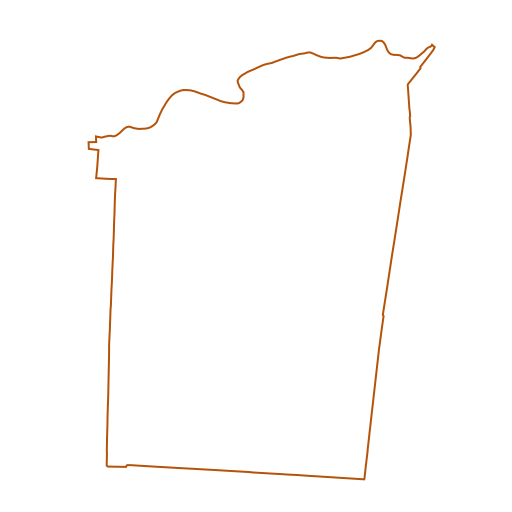 Cosambesti, Ialomita, Romania, rotated 2°
{"feature_id": "2599482B78625635901926", "entity_name": "Cosambesti", "entity_type": "district", "adm_level": 2, "iso_a3": "ROU", "parent_name": "Romania", "parent_adm1": "Ialomita", "projection": "orthographic", "projection_center": [27.459, 44.535], "detail": "fine", "context": "isolated", "style": "outline", "palette": "amber", "viewbox_px": 512, "rotation_deg": 2, "n_neighbors": 0, "source": "geoboundaries", "source_scale": "gbopen_adm2", "svg_char_len": 3570}
<svg xmlns="http://www.w3.org/2000/svg" viewBox="0 0 512 512"><g transform="rotate(2 256 256)"><path d="M232.1,80.0L231.8,80.7L231.5,81.2L231.8,83.3L232.3,84.3L233.7,87.6L234.8,89.1L236.0,90.2L237.8,92.8L237.9,96.3L238.0,97.7L237.5,100.0L236.9,101.1L234.7,103.1L233.4,103.9L232.1,104.2L229.9,104.3L227.3,104.2L224.7,104.1L222.4,103.8L220.0,103.5L215.8,102.6L211.7,101.1L207.5,99.6L199.6,96.8L195.3,95.7L192.7,94.8L188.1,93.4L184.4,92.7L181.3,92.6L177.4,92.7L174.8,93.4L172.0,94.6L169.4,95.9L168.0,97.0L166.2,98.6L163.8,101.6L161.4,105.1L157.3,112.5L155.0,117.7L152.2,125.4L151.3,126.7L149.9,128.2L147.8,129.8L145.9,131.1L143.4,132.0L141.0,132.6L139.4,132.7L134.2,133.1L129.7,132.5L124.8,131.1L122.3,131.7L120.4,132.9L119.7,133.5L117.7,135.5L115.3,138.0L112.5,140.2L110.7,141.1L108.9,141.4L107.3,141.0L105.1,141.0L101.2,141.9L99.9,142.3L98.5,142.8L97.2,143.0L96.0,142.8L91.9,142.1L92.3,147.7L84.7,148.1L85.2,154.8L94.8,155.6L94.2,173.4L93.5,183.8L106.6,184.1L113.3,184.0L113.2,192.4L113.0,199.1L113.0,199.8L113.0,207.8L113.0,210.8L113.1,217.2L113.0,225.8L113.1,235.6L113.1,244.6L113.0,249.3L113.0,254.4L113.1,262.8L113.0,266.0L112.9,274.5L112.9,286.0L112.7,295.0L112.7,298.8L112.7,310.2L112.5,314.6L112.5,335.9L112.4,339.1L112.4,340.0L112.3,350.3L112.6,359.5L113.1,395.6L113.2,404.8L113.2,418.6L113.4,430.4L113.5,442.9L113.7,456.5L113.9,457.5L114.0,461.9L114.0,465.8L114.1,470.3L114.3,470.9L115.1,471.5L115.8,471.6L133.5,471.3L134.0,470.0L134.7,469.5L138.8,469.4L145.0,469.6L148.9,469.7L156.9,469.9L164.0,470.1L169.6,470.2L182.0,470.5L196.9,470.8L202.3,470.9L211.2,471.1L216.8,471.2L258.4,472.2L258.6,472.4L278.9,472.9L288.9,473.1L294.8,473.3L301.1,473.4L306.7,473.5L308.4,473.6L317.7,473.9L325.9,474.1L332.0,474.3L333.0,474.3L356.9,475.0L364.2,475.2L366.4,475.3L371.7,475.4L372.0,475.4L372.1,475.1L372.8,465.8L373.2,460.7L374.4,446.4L374.3,446.1L375.1,436.0L375.8,426.4L376.2,421.9L376.5,417.4L377.5,405.0L379.9,374.2L382.3,343.4L382.4,343.0L383.7,329.7L384.4,322.7L385.6,311.6L385.2,311.0L384.8,310.4L387.9,284.9L390.9,259.3L391.4,254.8L393.7,236.3L394.0,233.6L395.5,221.5L398.7,194.5L399.9,185.0L400.9,176.9L402.2,166.4L402.8,161.0L403.4,156.1L403.7,153.8L405.0,142.1L406.5,129.4L406.3,126.6L406.1,123.7L406.1,122.9L405.8,120.2L404.9,113.8L404.8,111.7L405.2,110.9L404.6,105.9L404.1,103.0L401.9,81.6L401.7,81.2L401.7,80.2L401.7,79.6L401.8,79.2L402.2,78.5L408.1,70.6L413.9,62.7L413.5,61.4L416.2,57.7L418.5,54.5L423.1,48.1L426.0,43.9L427.3,41.0L425.9,39.9L424.6,38.8L424.4,39.5L423.7,40.1L422.8,40.8L421.4,41.4L420.4,42.0L418.9,43.3L417.9,44.6L416.7,46.0L415.4,47.1L414.2,48.2L413.0,49.3L410.3,51.6L408.3,52.6L406.4,53.1L404.5,53.1L402.3,52.8L400.2,52.6L398.8,52.7L397.4,52.6L395.8,51.9L394.4,51.2L393.1,50.4L391.6,50.3L389.5,50.1L387.5,50.2L385.6,50.0L383.9,49.6L382.9,49.0L381.6,47.9L380.4,46.2L379.8,45.2L378.9,43.1L378.0,40.9L377.1,39.4L376.3,38.4L375.4,37.5L374.6,36.9L373.8,36.6L373.1,36.6L372.2,36.6L370.9,36.7L369.5,37.1L368.1,38.0L366.9,39.5L365.3,41.8L363.9,43.8L361.1,46.1L356.7,48.5L351.9,50.6L347.6,52.0L343.0,53.6L339.4,54.4L337.1,54.9L333.4,55.7L332.6,55.6L329.5,55.1L327.4,55.2L322.9,55.5L320.0,55.4L316.5,55.2L313.7,54.6L309.8,53.3L306.3,51.8L303.6,50.8L301.9,50.7L299.9,51.0L297.9,51.7L295.0,52.2L292.2,52.7L288.6,53.9L286.2,54.8L283.0,55.6L278.9,56.9L276.5,57.9L273.5,59.0L270.9,60.1L267.1,61.6L265.2,62.5L261.8,63.3L259.4,63.9L256.6,64.9L254.2,66.0L250.6,67.8L247.6,69.4L243.2,71.4L240.4,72.8L238.6,74.1L236.8,75.1L234.1,77.2L233.6,77.9L233.4,78.1L233.2,78.4L232.6,79.3L232.2,79.9L232.1,80.0Z" fill="none" stroke="#b45309" stroke-width="2"/></g></svg>